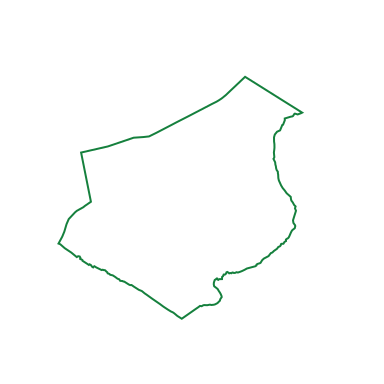 outline of La Dade-kotopon, Greater Accra, Ghana, rotated 50°
{"feature_id": "2480657B88791559733000", "entity_name": "La Dade-kotopon", "entity_type": "district", "adm_level": 2, "iso_a3": "GHA", "parent_name": "Ghana", "parent_adm1": "Greater Accra", "projection": "albers", "projection_center": [-0.148, 5.589], "detail": "fine", "context": "isolated", "style": "outline", "palette": "green", "viewbox_px": 384, "rotation_deg": 50, "n_neighbors": 0, "source": "geoboundaries", "source_scale": "gbopen_adm2", "svg_char_len": 2878}
<svg xmlns="http://www.w3.org/2000/svg" viewBox="0 0 384 384"><g transform="rotate(50 192 192)"><path d="M284.5,134.8L283.7,134.4L280.9,134.2L278.6,132.8L273.2,124.4L270.7,123.6L269.6,121.9L267.6,122.1L264.7,121.5L262.4,121.4L260.8,120.6L259.2,119.5L253.9,120.3L250.3,120.0L247.3,120.0L244.2,119.5L238.9,118.0L236.8,116.9L233.9,114.7L233.2,114.4L231.6,113.2L229.5,113.0L227.9,112.3L226.2,111.2L224.6,110.5L222.7,109.2L219.0,108.3L218.7,107.4L218.2,106.5L214.4,103.9L212.3,101.6L211.0,100.3L208.3,98.1L206.1,96.7L202.8,94.0L201.2,91.6L200.5,88.1L201.4,84.9L200.6,83.4L200.0,82.2L198.7,79.8L199.0,79.0L196.7,74.8L195.3,73.7L197.8,67.9L198.6,66.5L198.7,65.6L198.0,63.5L198.1,62.8L200.5,61.2L201.7,57.9L202.0,56.6L137.9,77.3L139.1,97.5L139.5,103.8L139.4,109.2L139.0,112.6L138.6,115.1L137.3,120.5L131.8,145.4L128.6,159.3L127.3,165.3L123.7,181.5L121.8,189.2L118.6,194.0L112.9,201.8L103.0,227.2L90.5,251.6L134.5,275.7L133.8,283.2L133.8,285.0L132.4,292.3L132.4,294.6L133.5,303.8L136.0,308.8L140.3,315.3L142.8,320.1L145.7,327.4L147.4,326.5L153.3,325.6L160.8,323.4L167.8,322.1L168.0,320.5L169.2,319.5L170.7,319.8L171.3,320.7L171.8,320.6L172.5,320.0L173.7,319.7L174.3,320.1L175.9,319.6L179.8,318.4L181.6,317.9L181.6,316.9L183.1,316.4L184.9,316.6L186.2,316.2L186.0,315.2L186.1,314.5L188.3,313.8L193.7,311.4L194.2,310.3L194.8,310.1L195.3,309.5L196.3,308.8L197.5,308.8L199.1,308.5L200.1,308.9L201.7,307.9L202.8,307.9L204.9,306.3L207.8,305.4L210.5,304.8L212.1,303.9L213.9,304.1L215.6,302.4L216.4,302.2L217.1,301.5L222.4,299.8L223.6,299.2L224.4,298.1L227.0,297.4L232.8,295.6L235.6,294.1L239.3,293.4L241.4,292.8L248.1,291.1L257.2,288.6L261.4,287.6L266.5,286.1L270.1,284.9L271.7,284.1L273.0,283.7L275.1,283.3L277.5,282.9L282.5,281.3L284.0,264.2L284.3,261.3L284.4,259.1L285.7,258.0L286.0,256.2L286.5,255.3L288.5,253.1L289.8,250.7L291.0,249.8L292.4,247.7L293.0,246.3L293.2,245.2L293.5,243.9L293.3,242.1L293.2,240.5L292.3,239.3L291.6,236.8L290.8,236.3L289.0,235.7L287.1,235.3L285.0,235.1L282.8,234.7L280.7,235.1L278.5,235.6L276.9,234.8L276.3,234.3L275.5,233.5L274.9,232.6L274.0,231.1L274.2,230.0L274.1,228.7L274.5,228.3L275.3,228.7L276.2,228.4L276.3,227.1L278.0,225.0L276.4,223.5L276.4,222.3L275.6,220.8L276.4,220.0L276.4,218.3L275.7,217.3L275.9,216.4L277.2,215.9L278.2,215.8L278.7,214.7L279.6,214.0L279.6,212.9L280.2,212.3L280.8,212.1L281.6,211.1L282.1,209.4L283.2,208.6L284.1,206.3L284.7,204.5L285.4,201.8L285.9,199.1L289.6,191.2L289.7,189.8L289.1,189.3L289.2,188.1L290.2,185.7L290.3,184.9L289.8,183.5L289.3,181.9L289.2,179.7L289.5,178.3L290.3,174.6L289.5,170.9L290.0,169.3L289.8,167.2L290.0,164.9L290.1,164.0L290.1,163.1L289.6,161.4L290.1,159.4L289.9,158.3L289.2,157.5L289.2,156.8L290.4,155.2L289.7,153.2L290.0,151.5L288.8,150.6L288.9,149.0L289.1,148.4L289.0,147.2L288.4,145.8L286.6,142.2L285.9,140.5L285.7,139.5L285.8,136.6L284.5,134.8Z" fill="none" stroke="#15803d" stroke-width="2"/></g></svg>